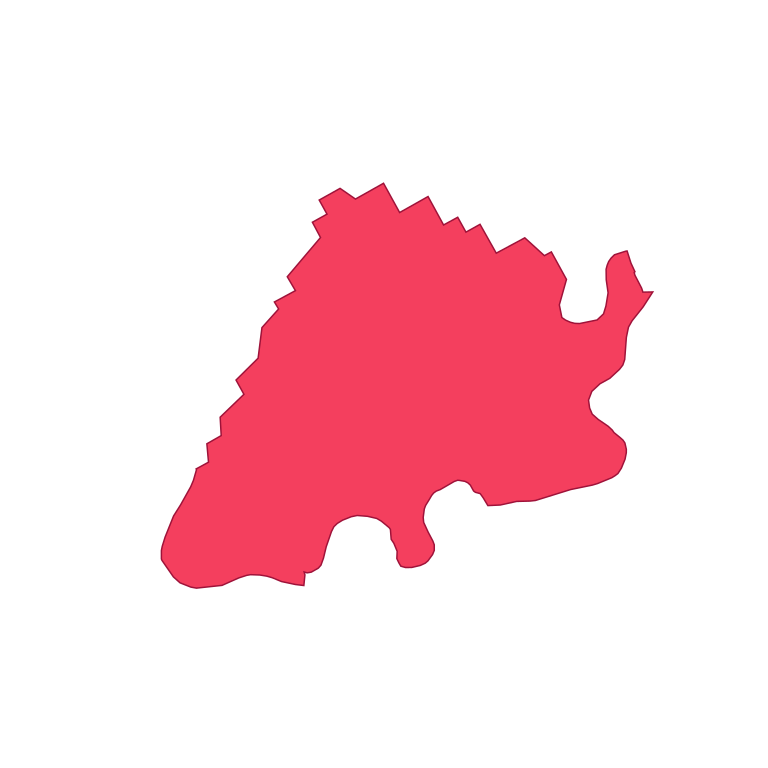 the district of Mississippi, Missouri, United States of America, rotated 61°
{"feature_id": "52423323B58480998069013", "entity_name": "Mississippi", "entity_type": "district", "adm_level": 2, "iso_a3": "USA", "parent_name": "United States of America", "parent_adm1": "Missouri", "projection": "robinson", "projection_center": [-89.235, 36.818], "detail": "fine", "context": "isolated", "style": "filled", "palette": "rose", "viewbox_px": 768, "rotation_deg": 61, "n_neighbors": 0, "source": "geoboundaries", "source_scale": "gbopen_adm2", "svg_char_len": 2210}
<svg xmlns="http://www.w3.org/2000/svg" viewBox="0 0 768 768"><g transform="rotate(61 384 384)"><path d="M191.6,327.6L191.7,351.5L207.8,351.5L207.8,368.2L225.1,368.5L243.3,416.6L259.4,416.2L259.1,440.1L267.3,439.8L275.5,463.4L300.4,481.6L308.8,511.5L325.1,511.5L333.6,543.4L350.2,551.4L350.4,567.9L367.3,575.4L367.2,589.5L368.0,589.5L375.9,597.4L380.2,602.9L391.1,620.5L397.4,632.0L411.8,649.7L418.4,656.6L421.7,659.4L429.1,663.5L430.6,663.7L450.6,661.7L459.0,658.8L468.0,651.4L471.6,647.0L481.6,623.3L483.2,605.0L484.8,596.8L486.1,593.1L490.8,585.3L495.2,579.7L499.2,575.7L507.1,569.4L516.4,558.7L521.4,551.8L512.6,545.7L509.7,545.0L511.9,542.8L513.3,538.8L513.2,530.7L511.9,527.0L507.0,521.4L498.3,513.4L487.6,501.5L484.5,497.0L483.3,492.5L483.0,486.3L484.2,477.0L486.0,471.2L491.7,462.6L498.1,455.5L502.7,452.8L512.2,449.1L514.3,448.9L523.3,453.0L528.1,452.6L536.7,453.6L542.9,457.4L547.6,457.7L551.5,457.6L554.9,454.2L557.9,448.7L560.3,440.2L560.7,434.8L560.0,431.3L556.7,424.2L553.9,420.7L549.0,418.0L545.0,417.4L535.0,417.2L524.3,416.4L519.7,414.4L512.8,409.3L510.4,406.5L506.8,400.1L504.6,396.4L503.4,393.4L503.0,390.1L503.6,386.1L503.3,369.8L503.9,366.2L504.8,364.9L508.3,360.5L511.0,358.6L514.3,357.5L521.0,357.5L523.0,356.6L526.5,353.0L531.8,352.4L540.7,352.1L546.2,341.0L551.0,324.9L557.2,313.0L559.3,308.0L566.8,271.9L573.4,250.9L574.6,245.5L576.4,230.2L576.2,226.3L575.7,222.8L572.7,217.2L566.6,209.6L561.6,205.4L558.6,203.7L552.4,201.9L548.9,202.2L545.2,203.5L538.0,206.4L535.0,206.7L529.7,208.4L518.9,213.8L511.3,216.5L504.7,215.8L497.2,212.9L491.2,205.8L488.5,195.0L488.5,183.7L485.3,170.8L483.2,165.9L479.3,161.6L460.7,149.4L452.8,142.6L449.0,136.4L442.2,120.0L433.8,104.3L429.2,113.0L425.0,112.2L410.5,111.8L407.7,111.1L407.5,110.1L398.0,109.4L385.5,106.9L385.0,108.3L382.7,119.8L384.0,124.4L385.8,128.1L388.3,131.2L391.3,134.1L400.6,139.1L412.9,143.8L423.4,152.1L429.1,158.0L431.3,166.6L425.9,183.7L423.4,187.8L420.4,191.0L416.2,194.2L412.1,196.2L399.8,192.3L381.0,173.7L349.6,173.6L349.5,181.5L324.4,190.0L324.0,222.4L290.9,222.6L290.9,238.7L273.9,238.7L273.8,254.8L241.4,254.6L241.6,287.2L208.2,287.1L208.4,319.3L191.6,327.6Z" fill="#f43f5e" stroke="#9f1239" stroke-width="1.5"/></g></svg>